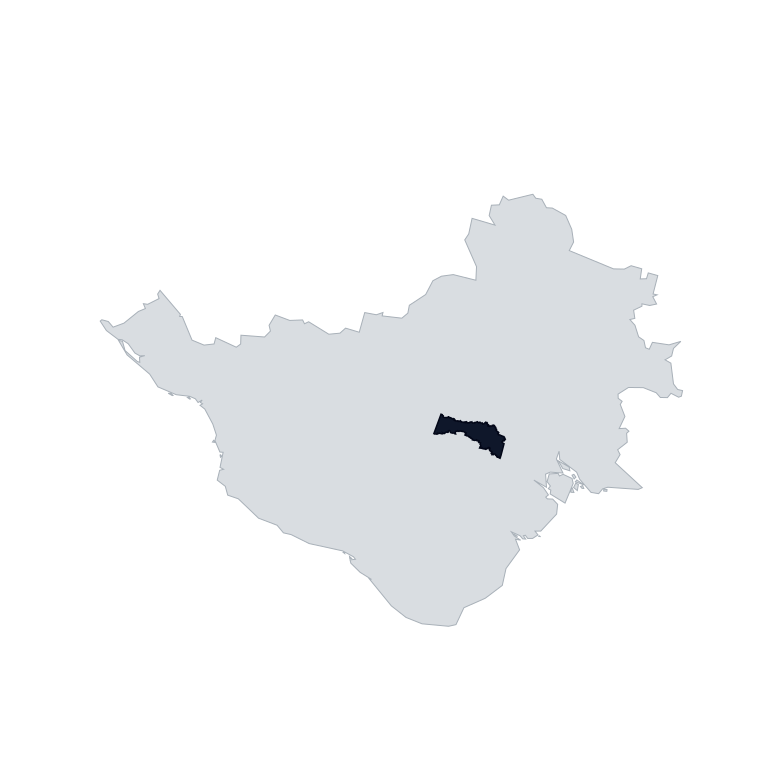 São Félix do Xingu, Pará, Brazil shown in context, rotated 105°
{"feature_id": "56859067B65108742349990", "entity_name": "São Félix do Xingu", "entity_type": "district", "adm_level": 2, "iso_a3": "BRA", "parent_name": "Brazil", "parent_adm1": "Pará", "projection": "equal_earth", "projection_center": [-52.202, -7.461], "detail": "fine", "context": "in_parent", "style": "filled", "palette": "ink", "viewbox_px": 768, "rotation_deg": 105, "n_neighbors": 0, "source": "geoboundaries", "source_scale": "gbopen_adm2", "svg_char_len": 9401}
<svg xmlns="http://www.w3.org/2000/svg" viewBox="0 0 768 768"><g transform="rotate(105 384 384)"><path d="M242.1,155.0L248.1,162.0L255.7,158.7L258.1,163.2L262.3,156.8L272.5,150.3L274.7,144.2L281.3,140.8L281.8,136.8L274.3,135.5L272.4,118.8L266.0,108.3L274.7,113.6L282.5,113.4L287.9,118.8L289.6,112.3L309.0,104.4L313.3,98.9L313.1,93.9L318.8,93.6L320.5,96.0L318.7,104.4L323.8,106.7L325.5,113.6L322.0,118.8L320.4,132.6L324.1,147.0L333.2,155.3L337.2,154.1L339.1,149.5L342.6,150.5L353.0,142.9L366.2,145.3L364.2,139.2L366.2,135.2L368.8,136.9L377.3,134.0L387.0,141.3L391.1,137.7L400.2,140.3L417.3,107.7L420.0,111.1L425.8,141.1L428.7,145.7L434.4,148.3L435.1,156.0L425.3,170.4L419.3,175.1L411.4,194.7L403.6,197.5L411.8,198.1L423.7,188.1L426.1,200.7L429.3,204.6L441.7,200.3L438.0,214.4L442.9,203.1L448.6,196.5L451.4,198.5L452.7,196.5L451.5,191.3L455.3,185.1L465.0,183.6L485.5,194.5L487.0,200.1L489.9,196.2L494.7,200.5L496.0,205.2L493.5,208.4L494.5,210.1L497.1,207.0L497.7,210.0L495.4,213.2L493.8,222.8L497.1,218.8L499.5,211.6L499.9,216.8L509.1,210.1L530.7,218.4L547.9,217.6L564.7,230.7L579.4,248.9L597.8,252.2L601.3,258.9L605.8,285.2L603.8,302.3L596.4,319.5L576.0,347.8L576.0,345.5L572.1,358.3L565.7,369.6L562.7,371.3L560.7,366.2L558.8,368.7L555.9,380.8L557.5,415.0L553.5,434.7L553.8,442.6L548.1,450.7L546.1,470.4L532.6,495.0L531.8,506.2L523.9,510.8L520.0,520.2L509.9,520.4L507.9,516.9L507.0,520.8L491.6,521.7L492.2,524.9L482.3,532.7L476.8,532.6L467.0,539.0L454.6,550.6L452.2,556.2L450.1,554.1L449.3,556.6L446.5,555.5L450.0,558.8L447.1,562.4L446.2,568.5L448.1,581.9L445.3,601.6L435.1,612.9L422.4,639.7L410.6,651.7L410.4,647.7L418.7,642.8L426.1,628.1L426.3,625.5L421.4,627.1L418.5,622.4L420.0,627.1L418.6,632.6L411.3,641.5L409.0,648.5L409.7,652.5L404.2,666.0L396.7,674.4L395.0,673.2L395.0,666.5L399.2,660.4L392.5,650.9L377.5,640.0L372.9,634.0L368.7,637.2L368.2,632.9L359.7,623.4L355.7,625.9L351.5,624.6L369.4,598.7L371.6,598.9L371.1,596.3L391.3,580.8L393.0,567.9L389.3,558.5L382.8,558.5L386.7,536.2L382.5,532.8L373.9,534.8L369.5,511.5L362.3,507.4L357.0,510.2L345.5,506.9L347.0,491.5L343.2,479.2L346.4,476.4L343.4,472.9L350.2,450.2L346.3,439.7L340.0,435.6L340.4,421.3L320.0,421.1L319.1,409.3L315.2,403.5L318.7,403.4L315.8,383.8L309.4,379.3L301.4,379.9L286.8,366.9L271.6,363.5L265.0,356.4L260.4,345.4L260.0,322.1L246.7,325.0L223.9,343.3L217.1,341.0L201.2,341.8L201.8,317.9L194.1,326.0L183.5,326.5L181.1,319.0L171.7,317.5L174.2,311.2L162.2,289.3L165.3,285.5L164.7,279.4L171.7,272.7L170.5,267.0L174.2,252.1L186.0,242.7L197.8,237.6L207.2,239.6L213.4,192.1L210.8,181.6L205.8,175.9L206.0,164.9L216.2,163.7L214.4,157.7L208.3,157.5L208.4,147.6L227.4,147.4L227.2,143.3L230.1,147.0L236.2,141.4L239.4,147.7L239.8,155.6L242.1,155.0ZM431.1,175.5L452.2,178.3L447.2,195.0L443.3,195.4L442.6,198.2L439.5,196.9L436.1,201.2L428.1,201.1L425.3,192.7L427.4,190.7L424.9,187.6L426.6,177.9L431.1,175.5ZM413.1,195.7L416.3,183.7L419.7,182.0L419.4,189.4L413.1,195.7ZM436.9,169.7L434.9,174.1L430.1,173.1L430.8,170.2L436.9,169.7ZM429.7,164.7L428.9,173.9L426.8,172.9L429.7,164.7ZM440.2,175.5L437.2,176.0L435.8,175.2L439.6,172.5L440.2,175.5ZM426.5,175.8L423.4,178.8L422.1,177.2L424.3,174.5L426.5,175.8ZM432.2,167.7L430.7,165.9L433.2,164.0L433.5,165.8L432.2,167.7ZM430.5,144.1L428.7,144.5L428.3,141.2L430.0,141.0L430.5,144.1ZM448.8,590.1L448.2,587.3L449.6,584.8L450.0,585.5L448.8,590.1ZM484.1,531.6L484.5,534.7L482.5,534.0L484.1,531.6ZM447.9,570.4L447.1,568.8L448.5,567.1L448.9,567.8L447.9,570.4ZM496.6,216.8L495.3,220.3L496.6,215.4L496.6,216.8ZM561.6,371.8L559.5,372.7L560.9,370.1L561.6,371.8ZM497.1,523.0L495.0,524.0L494.6,523.5L495.9,522.0L497.1,523.0ZM558.0,378.0L557.2,379.8L556.7,378.6L558.0,378.0ZM491.0,193.2L491.1,195.1L490.5,194.8L491.0,193.2Z" fill="#d9dde1" stroke="#a8b0b8" stroke-width="1"/><path d="M398.4,321.1L419.0,323.0L419.0,322.8L419.1,322.5L419.2,321.9L418.9,321.6L418.8,321.0L418.9,320.5L418.8,320.4L418.5,320.1L418.5,319.9L418.1,319.8L418.4,319.6L418.2,319.3L418.3,319.1L417.9,318.9L417.6,318.6L417.5,318.2L417.3,317.9L417.3,317.6L417.1,317.5L417.0,317.2L417.2,316.4L417.2,316.2L417.1,315.0L416.9,315.0L416.6,314.2L416.3,314.4L416.4,314.2L416.3,313.8L416.0,313.4L416.1,312.7L415.8,312.6L415.3,312.2L415.1,312.3L414.9,312.1L414.9,311.9L414.6,311.8L414.5,311.4L414.1,311.0L414.3,310.4L414.2,309.8L414.1,309.6L413.6,309.5L412.7,309.8L412.1,309.0L412.1,308.4L413.1,307.7L413.7,307.1L413.7,306.9L413.7,306.3L413.8,305.3L413.5,305.0L413.5,304.8L413.3,304.4L413.6,303.0L413.8,302.6L413.7,301.9L412.8,302.5L412.4,302.5L412.1,302.8L411.9,302.8L411.7,302.5L411.2,302.5L410.9,302.2L410.8,301.2L410.6,301.2L410.3,300.8L410.3,300.5L410.2,300.5L410.4,299.9L410.3,299.7L410.4,299.3L409.8,298.8L409.7,297.9L409.7,296.9L409.3,296.6L409.6,295.9L409.3,295.6L409.2,294.9L409.3,294.6L409.3,294.3L409.7,294.0L409.6,293.9L409.5,293.3L409.8,292.7L410.0,292.5L410.0,292.2L410.2,292.3L410.2,292.2L410.6,292.1L410.7,291.9L411.0,292.0L411.3,291.9L411.2,292.2L411.4,292.1L411.3,292.4L411.6,292.6L411.8,292.3L411.8,292.1L411.9,291.8L412.3,291.6L412.5,291.8L412.5,291.1L412.6,290.8L412.3,290.7L412.5,290.4L412.6,289.2L412.7,289.4L412.7,288.9L412.9,288.3L413.2,288.2L413.3,287.4L413.8,286.4L413.9,286.1L413.6,286.0L414.0,285.5L414.0,285.3L414.1,285.1L414.1,284.5L414.3,284.5L414.6,284.2L414.9,284.2L414.8,283.9L415.1,283.7L415.1,283.1L415.0,282.5L415.1,282.1L415.0,281.7L414.5,280.7L414.1,280.2L414.3,279.8L414.7,279.7L414.7,279.3L414.3,279.4L414.6,278.8L414.6,278.5L414.3,278.4L414.2,277.7L415.0,277.9L415.4,277.3L415.6,277.4L415.7,277.0L415.9,277.0L415.8,276.6L415.9,276.0L416.0,276.1L416.8,275.4L417.1,275.5L417.1,275.4L417.5,275.3L418.9,274.3L419.2,274.4L419.4,274.7L419.7,275.0L420.5,274.9L420.8,275.1L421.1,275.1L420.9,274.6L421.0,274.3L420.8,274.0L420.9,273.4L420.6,273.3L420.6,272.9L420.4,272.7L420.7,272.5L420.9,272.1L420.9,271.4L420.7,271.3L420.8,270.6L420.5,270.5L420.3,269.9L420.3,269.6L420.7,269.6L420.8,268.7L420.2,268.2L420.0,268.4L420.0,268.1L419.7,268.2L419.3,267.1L418.3,266.2L418.2,266.4L418.0,266.0L418.5,265.0L418.9,265.0L419.3,265.4L419.8,265.5L419.9,265.4L419.8,265.2L420.0,265.0L420.5,265.0L420.7,264.8L420.7,264.4L421.1,264.3L421.3,263.6L421.2,263.5L421.3,263.3L421.2,262.9L421.5,262.2L421.8,262.2L422.0,261.9L422.2,262.0L422.5,262.2L422.7,262.4L422.9,262.2L423.2,262.5L423.5,262.2L423.3,262.0L423.5,261.8L423.4,261.6L423.7,261.2L423.6,260.9L424.2,261.1L423.9,259.9L423.4,259.9L423.1,259.7L423.1,258.9L423.0,258.5L423.1,258.3L423.9,257.8L423.8,256.9L424.0,256.9L424.3,256.5L424.7,256.6L424.9,256.4L424.8,255.3L425.1,254.9L425.3,255.0L425.1,253.9L425.2,253.7L425.6,253.6L425.7,252.9L425.3,253.0L425.2,252.7L424.9,252.8L424.6,252.6L424.1,253.0L423.7,252.7L423.6,252.8L423.4,252.5L410.6,252.6L410.3,253.6L410.4,254.0L410.0,254.4L409.9,254.7L409.8,255.1L409.9,255.7L409.6,255.1L409.1,254.9L408.9,254.9L408.3,254.4L408.0,254.5L408.0,254.2L408.1,253.7L407.8,253.2L407.3,253.0L406.9,253.4L406.6,253.1L406.5,252.8L406.3,252.6L405.8,253.4L405.6,253.3L405.6,253.6L405.2,253.8L404.9,253.8L404.8,253.6L404.6,253.9L404.2,254.0L403.7,254.8L403.8,255.4L403.9,255.7L403.8,255.9L403.9,256.1L403.9,256.4L403.5,256.8L403.6,257.1L403.6,257.5L403.3,258.1L403.4,259.2L403.2,259.6L403.4,260.3L402.7,260.7L402.8,260.9L402.4,261.3L401.7,260.8L401.7,261.0L401.3,260.9L401.0,261.0L400.7,261.5L400.7,262.0L400.6,262.4L400.4,262.5L400.1,263.2L399.7,263.3L399.5,263.6L399.2,263.7L399.2,263.8L399.0,263.7L398.9,263.5L398.6,263.6L398.4,264.0L398.3,264.4L398.2,264.6L397.7,264.9L397.4,264.7L397.1,264.8L397.1,265.0L396.7,265.3L396.8,265.8L396.3,266.1L396.2,266.3L395.9,266.3L395.7,266.4L395.5,266.8L395.4,267.1L395.6,267.1L395.6,267.3L395.8,267.3L396.0,267.6L395.9,268.3L396.4,268.1L396.6,269.1L396.8,269.4L396.8,269.6L397.0,269.6L396.9,270.0L397.3,270.1L397.2,270.7L397.5,270.7L397.5,271.0L397.7,271.7L397.4,272.0L397.8,272.5L397.7,272.8L397.4,272.7L397.4,272.9L397.2,273.0L396.9,272.6L396.6,272.7L396.4,272.5L396.2,272.8L396.3,273.2L395.6,274.6L395.2,274.1L394.9,274.1L394.5,274.7L394.7,275.0L394.7,275.7L394.6,275.9L394.8,276.0L395.0,275.8L395.4,276.5L395.7,276.6L396.0,277.0L396.9,277.4L397.2,278.1L396.6,278.7L396.5,279.1L396.2,279.2L396.7,280.0L396.3,281.2L396.5,281.9L396.4,281.9L397.0,282.6L397.0,282.9L396.3,283.8L396.3,284.0L396.5,284.1L396.4,284.3L396.8,284.5L397.2,285.4L397.9,286.0L398.0,286.3L397.8,286.6L398.1,286.9L398.4,286.7L398.5,286.8L398.5,287.7L398.8,288.1L398.3,289.1L397.9,289.3L398.2,289.6L398.1,289.9L398.2,290.2L398.4,290.0L398.6,290.3L398.5,290.8L398.7,291.2L399.1,291.2L399.5,291.8L399.5,292.3L399.6,292.5L399.9,292.9L400.0,293.4L399.5,293.9L399.7,294.2L399.2,294.4L399.1,294.8L399.7,295.2L399.5,295.5L399.7,296.0L400.1,295.9L400.0,296.1L400.3,296.4L400.0,296.5L400.4,297.3L400.3,297.9L400.7,298.5L400.5,299.1L400.7,299.4L400.2,299.7L400.2,300.2L399.8,300.6L400.0,300.7L400.2,301.3L400.5,301.3L400.5,302.0L401.0,302.6L400.9,302.7L400.5,302.6L400.4,302.8L400.5,303.4L400.8,303.6L400.9,303.9L400.8,304.2L401.1,304.8L401.0,305.1L401.0,305.7L400.8,305.6L400.5,305.9L400.6,306.1L400.4,306.5L400.7,306.8L400.6,307.2L399.8,306.8L399.5,307.1L399.5,307.5L399.7,307.9L399.6,308.1L399.8,308.1L400.0,308.8L399.7,310.1L399.3,310.6L399.4,310.8L399.3,311.3L399.4,311.7L399.7,312.2L399.5,312.4L399.4,312.7L399.2,312.8L398.9,313.0L399.0,313.4L399.6,313.7L400.3,314.7L400.2,315.0L400.8,317.1L400.6,317.7L400.7,318.1L400.4,318.2L399.9,318.5L399.4,318.5L399.2,319.3L398.5,319.8L398.4,321.1Z" fill="#0f172a" stroke="#020617" stroke-width="1.5"/></g></svg>